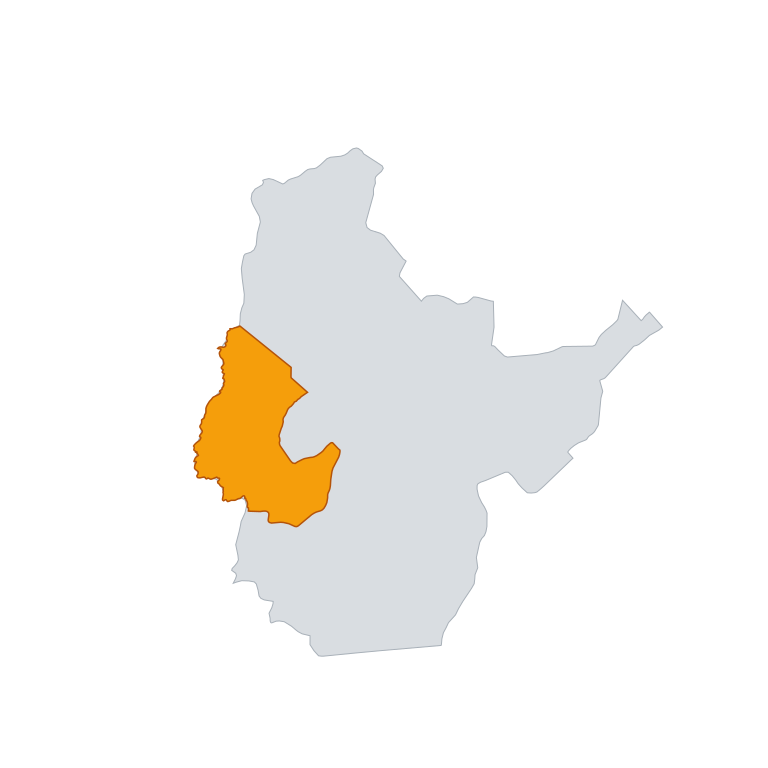 Western Equatoria on a map of South Sudan (Equal Earth projection), rotated 48°
{"feature_id": "SDS-864", "entity_name": "Western Equatoria", "entity_type": "State", "adm_level": 1, "iso_a3": "SSD", "parent_name": "South Sudan", "parent_adm1": "", "projection": "equal_earth", "projection_center": [28.334, 5.546], "detail": "fine", "context": "in_parent", "style": "filled", "palette": "amber", "viewbox_px": 768, "rotation_deg": 48, "n_neighbors": 0, "source": "natural_earth", "source_scale": "10m", "svg_char_len": 8296}
<svg xmlns="http://www.w3.org/2000/svg" viewBox="0 0 768 768"><g transform="rotate(48 384 384)"><path d="M562.6,588.2L545.6,611.3L544.3,612.7L542.2,614.5L535.3,614.5L528.2,613.4L521.6,607.4L514.9,612.0L510.7,613.5L508.2,614.0L502.2,614.8L493.9,617.2L490.1,620.3L488.1,622.8L486.4,627.3L485.6,627.8L484.0,627.2L481.9,625.4L477.4,622.8L475.2,617.1L473.1,613.6L471.4,611.8L464.3,617.5L460.9,618.9L458.0,618.7L452.9,615.5L447.2,612.7L444.3,612.8L439.9,616.2L435.0,621.3L432.4,626.4L431.2,629.4L429.4,624.8L427.8,621.9L425.4,620.8L420.6,621.9L419.5,620.3L419.2,616.3L418.5,612.7L417.3,609.9L413.6,607.2L404.2,601.7L396.9,590.6L393.2,585.5L390.6,582.2L386.8,573.5L382.5,567.5L377.2,564.8L373.8,566.1L370.2,572.5L363.5,578.5L360.5,578.8L356.5,575.5L351.6,573.2L342.7,572.2L339.0,575.0L334.2,579.6L330.1,582.4L327.6,582.7L325.2,581.6L322.6,581.0L320.3,580.9L315.5,576.7L313.0,573.6L311.4,570.6L308.7,568.6L305.6,566.9L303.3,564.3L302.2,561.0L300.5,556.7L298.2,552.9L290.9,546.1L288.7,542.0L287.2,538.1L284.3,533.7L281.1,527.9L280.1,519.4L280.0,512.5L279.3,509.3L278.0,506.2L276.4,503.5L273.9,500.4L268.0,496.0L261.9,490.9L258.9,488.0L253.4,486.9L250.1,484.0L247.3,477.5L246.2,472.4L243.4,468.4L242.2,465.5L241.5,462.2L243.7,452.1L240.5,448.5L235.7,443.8L232.3,438.7L230.2,434.1L224.0,427.9L210.6,418.7L202.8,412.8L198.6,407.5L194.9,402.3L194.5,400.2L196.9,395.0L197.3,390.8L195.3,386.1L187.3,377.3L180.9,367.5L176.0,364.5L164.3,361.8L161.0,360.7L157.5,358.9L154.0,354.5L152.9,349.4L154.6,341.1L153.5,338.6L151.5,337.9L152.1,336.1L154.3,332.1L158.0,329.5L167.6,325.4L168.2,323.9L168.4,318.7L169.2,316.2L172.5,309.0L173.0,306.2L173.2,300.1L173.6,297.2L174.6,295.2L177.3,291.6L178.2,289.5L178.6,284.8L178.4,275.6L179.7,272.0L185.9,263.6L187.5,259.9L188.1,256.5L188.0,253.1L188.4,249.8L190.2,246.5L191.8,245.5L196.2,244.5L199.3,245.1L220.7,239.4L223.2,240.2L224.3,243.6L224.2,249.0L224.5,251.6L225.7,253.5L229.1,256.1L231.4,260.4L232.6,261.9L236.1,264.9L251.9,289.6L256.4,291.9L260.7,291.1L269.4,285.9L273.7,284.6L303.9,286.1L307.3,285.3L307.5,285.4L312.1,297.8L314.3,300.6L347.5,300.8L346.9,297.3L347.3,293.3L353.1,285.7L353.9,284.8L359.1,281.2L364.1,278.8L373.7,276.0L377.2,271.5L379.1,267.4L379.2,259.3L380.4,258.0L382.7,256.1L393.8,249.0L395.7,247.4L415.4,264.2L426.4,277.4L427.1,278.1L427.7,278.3L428.2,277.8L428.7,277.2L430.1,276.6L434.8,276.5L443.7,275.8L446.6,274.2L464.5,250.6L469.0,243.0L470.1,241.5L472.7,236.1L475.4,226.9L475.9,225.9L495.4,203.7L496.1,202.0L496.3,200.6L493.3,193.1L492.6,189.4L492.5,183.5L493.0,174.5L492.8,168.8L492.5,167.2L492.4,166.9L481.4,150.7L509.0,150.5L509.0,148.5L508.9,147.8L508.4,145.9L508.1,143.3L508.1,141.8L508.2,140.5L508.2,139.8L508.1,139.1L508.2,138.8L508.3,138.6L528.1,138.9L527.9,143.5L525.5,154.3L525.6,160.8L525.1,168.2L524.4,170.4L523.4,172.2L523.1,173.1L523.1,173.9L527.4,215.4L527.1,217.1L526.0,219.7L525.8,220.5L525.7,221.2L526.2,221.6L535.3,226.1L535.8,226.4L536.1,226.8L539.5,232.1L557.6,251.8L558.2,252.8L560.1,259.0L560.3,259.9L560.4,261.4L560.4,262.6L559.9,266.3L560.1,268.0L560.4,269.1L560.7,270.3L560.7,270.7L560.5,271.7L557.9,278.8L557.0,283.9L556.8,288.2L557.0,290.7L557.3,292.3L557.5,292.9L557.8,293.1L565.6,293.2L565.6,295.5L566.8,333.0L566.8,337.3L566.6,342.6L565.7,344.6L563.5,347.6L560.7,350.3L553.7,351.0L547.8,351.0L543.7,350.4L538.0,350.1L532.7,350.7L530.7,353.0L523.7,373.0L521.6,378.0L521.0,380.9L521.7,382.7L524.4,385.2L530.5,388.7L537.5,390.8L542.7,391.7L546.2,392.7L548.9,393.8L558.8,402.9L562.0,407.1L563.8,410.8L564.2,414.8L565.7,418.8L574.7,431.4L583.3,437.3L586.6,443.9L589.8,447.2L592.8,450.7L594.5,455.9L598.3,470.9L600.8,478.9L603.4,485.3L604.5,495.8L606.5,500.5L608.6,506.3L612.1,511.5L615.8,515.4L616.5,516.5L579.4,565.6L562.6,588.2Z" fill="#d9dde1" stroke="#a8b0b8" stroke-width="1"/><path d="M248.0,475.2L247.6,474.9L247.6,473.5L247.5,472.1L246.8,471.4L245.1,470.9L244.3,470.2L243.3,468.5L242.6,467.5L241.8,466.9L241.2,466.6L240.7,466.0L240.4,464.9L240.5,463.9L240.8,462.8L240.7,462.0L239.9,461.6L240.2,461.0L240.6,460.6L241.0,460.3L241.4,459.9L242.2,457.6L243.5,455.2L244.2,453.5L244.5,452.9L244.5,452.3L245.6,452.1L309.5,441.9L316.3,448.2L316.7,448.5L317.2,448.8L317.8,448.8L339.0,446.4L338.0,454.0L338.2,456.4L337.8,458.4L338.1,460.7L337.4,462.6L338.0,464.4L338.4,467.7L338.1,469.7L338.2,471.4L338.6,472.8L340.2,476.1L341.0,478.2L341.7,481.1L342.8,482.8L344.7,484.2L347.2,487.8L348.3,490.2L351.4,495.6L352.5,497.0L353.9,497.5L355.1,498.2L355.9,498.9L356.7,499.6L357.3,500.8L358.8,501.9L360.2,502.5L378.5,504.9L381.5,504.8L383.6,503.2L384.0,500.5L385.4,495.3L386.2,493.1L389.2,488.0L390.7,486.0L391.4,484.5L392.2,481.9L392.9,476.4L392.9,473.9L392.5,471.7L392.0,468.1L392.1,463.2L392.6,462.1L393.3,461.5L401.7,461.3L403.6,461.0L404.3,461.5L405.1,462.3L406.6,464.2L408.0,466.6L412.3,478.1L414.1,481.1L419.2,487.3L423.8,492.0L425.5,494.2L426.5,495.9L427.6,498.5L428.5,499.9L430.9,502.1L433.9,505.9L435.2,508.7L436.1,511.5L436.3,513.9L435.8,515.9L433.9,519.9L433.2,522.3L432.7,525.1L432.1,541.8L432.0,542.9L431.8,543.6L431.6,544.2L431.1,544.8L430.1,545.6L424.3,548.1L419.6,551.4L417.6,553.3L412.1,560.6L410.6,561.6L409.3,561.9L408.2,561.6L407.2,560.7L404.5,557.4L403.5,556.5L402.6,556.0L401.5,556.0L400.6,556.2L399.5,556.8L398.6,557.7L397.6,558.9L396.0,561.3L388.3,569.3L387.1,570.2L387.3,569.9L387.5,569.3L387.0,568.9L386.5,568.6L385.6,567.9L385.3,567.7L384.4,568.0L384.1,568.0L383.5,567.5L382.2,566.0L381.8,565.6L380.0,564.5L379.5,564.3L378.3,564.3L377.0,563.6L376.5,563.4L376.3,563.4L375.6,563.9L375.4,563.7L375.0,563.1L374.8,563.0L373.9,562.7L373.3,562.9L372.9,563.6L372.8,565.6L372.7,566.5L372.7,567.1L372.6,567.7L371.9,568.7L371.6,569.3L371.3,570.6L371.0,571.8L370.5,572.8L368.3,575.3L367.9,576.1L367.5,577.5L366.8,578.8L366.1,579.0L365.3,578.8L364.3,578.8L363.8,579.5L363.7,580.5L363.4,581.4L362.3,581.6L361.4,581.0L358.7,577.4L358.2,576.9L356.6,576.0L356.3,575.2L355.9,575.0L353.9,573.2L353.5,572.7L351.0,573.5L350.1,573.7L348.1,573.4L346.8,573.7L346.4,573.7L345.3,573.1L345.1,572.0L345.0,570.7L344.4,569.6L343.9,569.4L343.5,569.7L343.1,570.1L342.6,570.5L341.7,570.5L341.3,570.6L339.6,575.1L339.0,576.3L338.3,576.8L336.6,577.4L336.1,577.8L336.0,578.4L335.9,579.1L335.6,579.6L335.2,579.7L334.8,579.7L334.4,579.6L334.0,579.5L333.0,579.8L332.4,580.4L330.8,583.3L330.0,584.2L329.1,585.0L328.2,585.1L327.2,584.7L326.8,584.2L326.7,583.4L326.3,582.2L324.9,580.8L323.2,580.9L321.3,581.4L319.7,581.1L318.9,580.3L318.1,579.3L316.9,577.3L316.8,576.2L316.5,575.7L315.8,575.6L315.4,576.0L314.7,577.0L314.3,577.0L313.0,574.5L312.8,574.0L312.7,573.6L312.6,573.1L312.6,572.5L312.7,571.2L312.9,570.2L312.8,569.6L310.6,569.2L310.2,569.3L309.9,569.2L309.5,568.6L309.3,568.5L308.9,568.8L308.7,568.9L308.8,569.0L308.7,569.1L308.7,569.4L308.6,569.7L308.4,569.7L307.7,569.3L307.4,569.2L306.2,569.5L305.9,569.4L305.4,569.1L304.7,568.0L304.2,567.5L303.9,567.3L302.9,567.0L302.7,567.0L302.4,566.1L302.2,564.8L302.1,562.5L302.5,559.2L302.3,557.9L302.1,557.4L301.9,556.8L301.5,556.2L301.1,555.9L300.7,555.9L299.9,556.2L299.6,556.2L299.1,555.6L298.8,554.7L298.5,552.4L297.9,551.0L297.2,550.4L293.5,549.8L292.6,549.5L291.9,548.6L291.7,548.0L291.5,546.8L291.3,546.3L291.0,545.8L289.7,544.4L289.4,544.3L289.1,544.0L288.9,543.8L288.6,543.5L288.9,541.0L288.8,540.3L288.4,539.5L287.2,538.3L286.5,536.1L285.4,534.8L283.0,532.7L282.1,531.2L281.4,529.6L280.3,526.0L280.1,525.2L279.9,522.4L279.6,520.9L279.5,520.2L279.6,519.4L281.3,513.2L281.2,512.7L281.3,511.7L281.1,511.2L280.7,510.8L280.4,510.9L280.2,511.0L279.9,511.2L279.7,511.3L279.5,511.2L279.2,510.7L279.2,510.3L279.4,509.5L279.4,508.5L279.6,508.2L279.5,507.9L278.8,507.2L278.6,506.9L278.5,506.6L278.5,506.1L278.4,505.2L278.0,504.3L277.5,503.6L276.9,503.2L276.1,502.9L275.9,502.4L275.9,501.8L275.6,500.9L275.2,500.5L273.4,499.6L273.0,499.6L272.3,500.0L271.9,500.0L271.6,499.7L271.3,498.8L270.5,498.0L270.0,496.4L269.6,495.8L267.8,496.4L266.9,496.3L266.4,495.4L266.0,494.1L265.5,494.0L264.8,494.3L263.8,494.4L262.8,493.8L262.5,492.8L262.2,490.3L261.8,489.5L261.0,488.9L258.1,487.3L255.1,487.5L253.8,487.3L251.3,486.1L250.6,485.4L250.2,484.4L249.9,483.2L249.4,482.2L248.7,481.9L247.0,483.5L246.3,483.8L246.2,482.6L246.5,481.5L247.2,480.5L248.0,479.7L248.8,479.2L249.5,478.4L249.9,477.4L249.9,476.3L249.3,475.4L248.6,475.2L248.0,475.2Z" fill="#f59e0b" stroke="#b45309" stroke-width="1.5"/></g></svg>